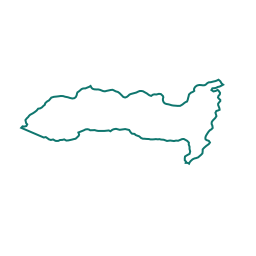 the district of Bertópolis, Minas Gerais, Brazil, rotated 75°
{"feature_id": "56859067B74434501882476", "entity_name": "Bertópolis", "entity_type": "district", "adm_level": 2, "iso_a3": "BRA", "parent_name": "Brazil", "parent_adm1": "Minas Gerais", "projection": "natural_earth1", "projection_center": [-40.57, -16.985], "detail": "fine", "context": "isolated", "style": "outline", "palette": "teal", "viewbox_px": 256, "rotation_deg": 75, "n_neighbors": 0, "source": "geoboundaries", "source_scale": "gbopen_adm2", "svg_char_len": 3314}
<svg xmlns="http://www.w3.org/2000/svg" viewBox="0 0 256 256"><g transform="rotate(75 128 128)"><path d="M178.3,78.3L177.0,77.2L176.1,75.9L175.0,73.8L174.6,71.7L174.7,70.0L174.5,67.8L173.5,65.8L172.8,64.3L171.8,62.7L169.8,61.9L168.0,61.4L166.8,59.6L165.5,56.9L164.8,55.0L164.2,53.7L163.2,52.6L161.3,53.3L160.2,55.0L159.1,56.0L157.7,55.9L156.2,55.1L154.9,53.9L153.7,52.6L152.4,51.1L151.3,49.4L150.9,47.8L149.9,46.2L147.6,45.9L145.7,46.2L144.0,45.6L142.7,44.2L141.9,42.8L140.9,41.1L139.4,39.5L137.7,39.5L135.9,39.6L134.4,38.2L134.4,36.6L134.1,34.8L132.5,34.6L130.7,34.8L129.1,35.0L127.8,34.6L126.7,33.2L125.9,31.9L124.7,31.6L123.4,32.5L121.9,33.2L120.4,32.3L119.4,30.7L117.9,30.0L115.8,30.7L114.4,31.6L114.9,33.7L114.8,36.0L112.9,37.6L111.5,36.2L111.9,34.2L112.0,32.4L111.6,30.7L111.7,28.9L111.3,26.9L110.8,24.9L109.1,26.1L106.8,26.7L104.8,28.1L105.2,30.2L105.3,31.7L105.2,33.7L105.2,36.1L104.8,38.2L105.2,39.8L106.1,41.4L106.5,42.8L106.2,44.5L105.5,46.2L104.9,48.0L104.8,50.1L105.5,52.1L106.3,53.2L107.5,54.2L109.3,54.4L109.9,56.1L110.2,58.1L111.4,60.4L113.0,61.2L114.5,62.1L116.2,63.0L117.7,64.1L117.9,65.7L118.4,67.1L119.4,69.3L120.1,71.8L119.5,74.3L118.7,76.5L118.0,78.5L117.3,80.0L116.4,81.4L115.5,83.0L114.7,84.8L113.5,86.3L111.9,87.0L110.4,87.1L109.0,86.8L107.4,85.9L106.1,86.0L105.0,86.7L103.7,87.5L103.0,89.3L103.0,91.9L102.3,93.9L102.3,95.5L103.0,97.3L101.9,98.9L100.7,99.9L99.4,100.9L98.0,102.4L96.4,104.0L95.7,105.5L95.3,107.1L95.5,108.8L95.9,110.8L95.9,112.9L95.9,114.9L95.9,116.4L96.1,117.9L97.1,119.7L97.7,121.2L97.8,122.9L96.8,124.5L94.8,125.6L93.6,126.3L92.2,127.1L90.6,128.4L89.4,130.4L88.1,131.8L87.1,133.0L86.8,135.0L86.7,137.5L86.6,139.0L86.6,140.8L85.9,142.5L85.0,143.7L83.8,145.3L83.0,146.9L82.6,148.5L81.9,150.6L80.9,152.1L79.7,152.8L77.7,153.3L78.2,154.9L78.4,156.7L78.7,158.9L78.2,161.1L78.4,162.8L79.1,164.2L79.9,165.9L80.5,167.6L81.6,168.4L82.9,169.0L84.5,170.3L85.3,172.0L85.1,174.1L84.0,176.2L82.7,178.2L81.5,180.7L80.4,182.4L79.7,184.6L79.4,187.0L79.1,189.1L78.7,191.5L78.8,194.2L79.8,195.6L80.9,197.2L81.4,199.2L82.0,200.4L82.8,201.7L84.0,202.3L84.8,204.1L85.8,205.8L86.3,207.7L86.1,209.8L87.5,211.7L88.4,213.8L89.1,215.8L89.5,217.4L89.9,219.1L90.6,220.4L91.6,221.6L92.5,223.3L93.8,225.0L95.7,225.1L97.0,225.1L98.4,224.4L99.8,225.7L99.8,227.8L99.1,229.4L100.2,231.1L115.4,211.8L115.5,209.8L117.1,208.4L118.5,207.3L119.6,205.6L119.7,203.3L121.6,201.4L122.1,200.1L122.4,198.5L122.0,196.9L122.5,194.5L122.5,192.6L124.1,190.9L124.5,189.3L124.7,185.3L124.7,183.3L124.8,181.4L124.1,180.0L122.8,177.7L121.7,176.9L119.5,177.1L118.8,171.3L118.4,169.5L118.6,167.7L119.3,166.2L120.4,165.1L121.0,162.6L121.4,160.7L122.3,159.3L123.1,157.6L124.7,151.6L125.1,149.2L125.4,147.2L126.6,145.8L125.7,143.6L125.5,142.1L125.7,139.8L127.6,136.5L128.3,131.0L130.2,127.4L133.0,126.5L134.5,125.6L135.4,123.2L136.7,122.5L137.6,121.3L139.0,119.3L141.1,117.9L142.2,116.4L142.6,115.0L143.2,113.4L144.1,110.6L144.8,109.3L145.3,107.6L145.7,105.6L145.9,104.1L146.7,102.0L146.9,100.5L147.7,99.1L148.6,96.5L150.6,93.7L151.0,90.5L152.5,87.0L152.6,84.8L153.3,82.9L152.7,78.5L153.1,76.9L154.6,75.3L155.8,74.1L157.9,73.0L159.7,73.6L162.0,73.4L164.2,74.0L166.7,74.0L168.9,75.2L169.6,78.1L170.3,80.3L171.9,81.0L173.9,81.5L175.4,80.7L176.6,81.3L177.1,79.4L178.3,78.3Z" fill="none" stroke="#0f766e" stroke-width="2"/></g></svg>